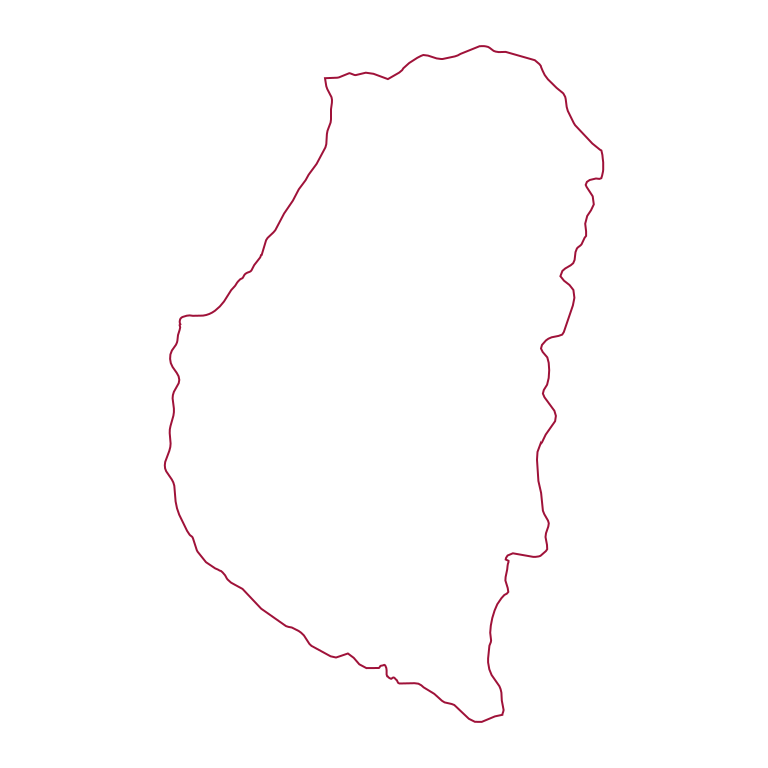 SVG path tracing the border of Entre Ríos
{"feature_id": "ARG-1309", "entity_name": "Entre Ríos", "entity_type": "Province", "adm_level": 1, "iso_a3": "ARG", "parent_name": "Argentina", "parent_adm1": "", "projection": "orthographic", "projection_center": [-59.178, -32.1], "detail": "fine", "context": "isolated", "style": "outline", "palette": "rose", "viewbox_px": 768, "rotation_deg": 0, "n_neighbors": 0, "source": "natural_earth", "source_scale": "10m", "svg_char_len": 4228}
<svg xmlns="http://www.w3.org/2000/svg" viewBox="0 0 768 768"><path d="M540.5,444.6L540.4,444.1L537.5,451.9L537.0,459.7L538.4,481.0L541.1,492.9L542.9,510.7L544.3,514.2L548.0,520.6L548.8,523.3L548.3,526.5L546.0,533.2L545.5,537.0L547.0,544.9L547.2,549.2L545.9,551.1L540.5,555.8L538.8,556.4L535.3,556.9L533.4,556.9L512.9,553.3L507.6,555.5L507.0,556.4L506.0,558.0L505.7,559.5L508.5,560.8L508.5,562.1L507.9,563.9L507.6,565.6L507.2,569.4L505.6,577.1L505.4,580.5L507.7,588.0L508.3,591.9L506.9,593.6L504.3,595.0L501.4,598.2L497.3,604.2L494.6,610.5L492.3,618.0L490.8,625.7L490.2,632.7L491.1,640.5L490.8,642.2L489.4,645.7L488.1,658.5L488.1,662.4L489.3,669.3L491.6,675.0L499.4,686.2L500.6,689.2L501.4,692.6L501.8,700.5L503.6,710.0L503.2,711.8L502.5,713.8L502.4,714.8L494.9,716.4L481.7,721.9L474.9,721.8L468.9,718.8L454.3,705.0L451.7,704.0L444.6,702.4L442.0,700.8L434.2,693.8L423.7,687.4L421.3,685.3L418.4,683.7L414.5,683.2L399.5,683.5L398.3,683.0L397.5,681.7L397.0,680.5L396.6,680.0L396.1,679.7L394.8,678.2L394.0,677.6L393.2,677.5L392.3,678.0L391.6,678.6L391.1,678.8L389.7,678.2L388.5,677.4L387.7,676.4L387.2,676.3L386.6,674.5L386.6,670.3L386.3,668.0L385.2,665.4L384.2,664.9L382.9,665.4L380.8,665.8L380.3,666.1L379.3,667.7L378.8,668.0L366.4,668.1L359.3,664.3L353.7,657.8L347.9,653.5L339.7,656.3L336.0,657.5L330.6,656.3L311.5,645.9L309.4,643.9L303.9,635.4L301.1,632.7L298.7,631.0L291.8,627.5L288.5,626.9L286.0,626.1L261.2,608.7L242.5,588.9L235.5,585.1L231.0,582.6L227.7,579.6L226.9,578.6L225.1,575.3L222.6,572.4L221.0,571.0L219.7,570.6L217.8,569.5L215.2,568.4L206.0,562.2L197.6,551.7L196.8,550.2L193.0,538.4L192.4,537.1L191.8,536.5L190.3,535.4L189.6,534.7L187.1,530.9L179.2,514.7L177.0,508.3L175.6,501.5L174.3,485.8L173.3,482.4L171.8,479.5L166.2,471.3L165.1,468.4L164.8,465.3L165.2,461.9L169.3,450.9L170.3,447.0L170.6,443.5L169.7,433.1L169.8,429.5L170.5,426.0L173.4,415.7L173.9,412.2L173.9,408.6L172.6,398.3L172.9,395.1L173.9,391.8L178.7,383.2L179.3,379.9L178.6,376.3L176.8,373.0L172.6,367.0L170.8,363.1L170.1,358.9L170.4,354.5L171.9,350.5L176.0,344.7L177.0,342.4L177.4,340.6L178.0,335.1L179.6,330.0L180.2,327.3L179.6,325.1L179.8,324.9L180.2,324.5L180.4,324.3L179.8,323.0L179.7,321.4L180.0,319.8L180.5,318.6L181.6,317.5L182.8,316.9L186.8,315.7L189.7,315.4L192.9,315.8L203.0,315.6L206.2,315.0L209.2,314.0L212.1,312.6L214.9,310.8L219.8,306.5L224.0,301.5L231.2,290.1L235.2,285.7L237.0,282.8L238.1,281.4L240.3,279.2L242.2,278.3L242.8,277.8L244.4,274.9L245.3,273.9L246.5,273.1L247.5,272.6L249.7,271.8L250.7,271.2L251.5,270.3L254.2,265.1L260.2,257.4L261.1,255.0L261.7,254.9L266.1,240.2L267.6,237.9L273.5,232.3L275.3,230.2L284.1,213.5L292.9,200.6L298.8,189.3L305.6,180.2L308.7,174.6L316.6,163.9L325.4,147.4L326.3,144.1L326.9,134.1L327.5,130.8L330.6,122.5L331.0,119.4L331.0,109.3L331.9,102.8L332.0,99.9L331.5,97.2L327.3,89.1L326.3,86.3L325.0,78.2L337.2,77.7L338.9,77.4L348.5,73.5L349.3,73.2L349.9,73.3L350.6,73.5L354.5,75.0L355.7,75.1L365.8,72.7L373.5,73.8L387.9,79.1L399.2,72.6L402.2,70.1L403.3,68.3L409.2,63.0L417.3,57.8L421.0,55.9L423.3,55.0L428.0,55.6L436.6,58.4L441.1,59.0L442.6,59.0L454.9,56.4L457.8,55.4L460.5,53.9L479.6,46.2L483.8,46.1L485.9,46.4L488.0,46.9L489.6,47.8L493.0,50.4L493.7,50.9L495.7,51.6L498.8,52.1L505.7,51.9L534.8,60.2L539.4,64.1L540.8,65.9L541.1,67.1L542.6,70.7L544.7,75.0L547.9,79.3L556.6,87.9L563.3,93.4L565.2,96.9L565.7,99.1L566.7,107.0L567.8,110.9L573.7,122.9L575.1,125.2L592.3,143.5L600.2,149.9L601.3,150.4L601.4,150.5L602.4,155.0L602.7,158.1L603.2,162.4L603.2,169.7L603.0,171.5L602.1,175.6L601.3,178.2L599.4,178.9L596.0,178.5L589.7,180.0L586.9,181.9L585.7,184.9L586.6,186.9L592.7,196.3L593.8,204.4L591.0,210.3L587.2,216.0L585.2,223.7L586.1,231.4L586.1,235.9L584.6,237.8L581.5,244.4L580.4,245.5L577.9,247.4L576.9,248.5L575.5,252.1L574.6,259.9L573.2,263.2L570.8,265.2L565.2,268.5L562.4,270.9L560.4,276.2L564.0,280.7L565.8,282.1L569.5,285.0L573.4,290.0L574.4,297.8L572.9,305.4L563.8,332.1L562.2,334.6L558.6,335.9L551.6,337.3L548.4,338.7L546.0,340.4L542.0,344.9L541.0,348.5L542.7,352.0L547.3,357.4L548.7,362.8L549.2,370.2L548.7,378.0L547.1,384.7L543.8,390.0L542.9,393.6L544.5,397.3L554.4,410.8L555.9,415.9L555.1,421.2L545.7,434.6L542.0,442.3L540.5,444.2L540.5,444.6Z" fill="none" stroke="#9f1239" stroke-width="2"/></svg>